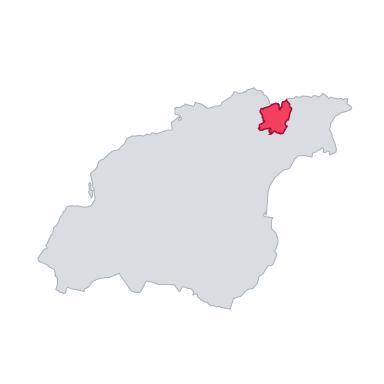 Kordestan highlighted on a map of Iran, rotated 108°
{"feature_id": "IRN-3241", "entity_name": "Kordestan", "entity_type": "Province", "adm_level": 1, "iso_a3": "IRN", "parent_name": "Iran", "parent_adm1": "", "projection": "natural_earth1", "projection_center": [46.82, 35.623], "detail": "fine", "context": "in_parent", "style": "filled", "palette": "rose", "viewbox_px": 384, "rotation_deg": 108, "n_neighbors": 0, "source": "natural_earth", "source_scale": "10m", "svg_char_len": 5844}
<svg xmlns="http://www.w3.org/2000/svg" viewBox="0 0 384 384"><g transform="rotate(108 192 192)"><path d="M191.3,107.4L195.2,107.6L202.1,105.3L202.7,104.7L204.7,100.0L207.1,97.9L211.2,95.3L213.9,94.5L223.4,94.8L224.1,92.9L225.7,91.9L236.0,92.5L237.7,94.0L238.4,96.7L247.1,99.1L248.9,99.9L251.1,101.9L252.8,102.4L255.0,101.5L256.4,102.2L258.7,101.6L265.5,104.6L266.5,107.6L267.8,109.0L269.3,110.3L274.7,112.6L276.4,114.0L280.5,119.6L291.2,119.5L292.0,120.7L291.9,123.1L292.9,128.8L292.2,130.9L293.6,132.8L293.6,136.4L294.3,138.9L293.2,142.3L292.0,143.0L292.8,146.1L291.8,149.0L292.0,150.2L290.4,152.7L290.4,153.6L287.3,156.0L289.7,159.4L286.3,159.6L284.3,163.2L285.0,167.6L284.5,169.8L284.9,171.1L285.8,172.0L290.5,172.8L290.7,173.4L286.0,179.7L286.3,182.2L290.3,195.0L290.0,201.4L290.7,208.0L302.6,209.9L304.0,211.6L305.0,215.3L305.0,218.0L304.7,219.4L292.0,236.2L299.0,244.5L299.4,246.4L303.7,254.5L307.7,258.8L314.3,261.0L317.4,264.1L320.2,264.0L320.1,268.1L321.4,276.8L320.7,280.8L323.1,281.6L326.6,281.0L327.9,281.8L328.7,283.2L327.8,284.0L328.1,287.5L327.2,288.2L326.9,291.4L321.6,291.5L316.7,292.9L314.9,294.2L313.9,296.5L312.3,296.3L311.8,297.1L308.3,298.7L307.3,305.3L306.0,306.9L305.3,316.3L304.5,316.5L302.8,318.1L292.0,315.0L290.8,312.7L289.7,312.3L288.2,314.5L282.8,313.2L280.9,313.6L279.8,312.9L276.9,312.9L274.6,311.5L268.7,312.6L265.1,310.3L261.3,309.6L256.6,309.6L252.7,307.9L250.7,308.6L249.8,307.3L244.1,306.2L242.1,302.0L242.0,299.9L240.5,296.2L240.0,290.9L238.6,287.0L236.1,283.8L229.5,281.9L226.2,282.9L223.7,284.7L219.5,285.8L216.4,289.3L214.5,289.1L207.0,293.9L205.3,293.8L199.6,290.6L197.1,290.0L191.9,290.1L189.0,287.9L188.2,286.4L181.4,282.9L177.2,279.8L175.9,276.9L174.1,274.8L170.0,273.0L167.7,271.2L161.4,270.5L157.0,265.9L156.9,264.4L154.3,259.3L153.8,255.7L153.2,254.7L151.0,253.2L150.6,252.2L151.1,249.9L148.2,248.4L147.8,247.3L147.8,243.7L140.9,235.1L139.5,230.3L138.3,230.1L132.2,233.2L130.4,231.5L125.1,228.4L124.4,227.3L125.7,226.7L127.0,227.3L127.8,226.6L127.5,225.6L126.2,224.9L124.4,225.0L124.9,226.0L123.2,226.9L122.8,228.1L123.2,231.6L122.5,232.6L119.7,233.2L118.0,234.4L116.4,233.1L115.9,230.5L114.9,228.8L113.4,228.2L112.3,226.5L110.4,225.7L110.3,216.7L105.7,216.5L105.6,209.6L107.7,202.8L103.3,196.7L101.3,192.0L100.1,191.1L97.8,191.3L90.0,184.9L87.3,183.3L83.6,182.8L83.2,180.6L84.1,178.1L82.3,174.9L81.8,174.0L80.3,173.6L80.4,171.6L78.4,171.7L74.7,166.2L73.7,165.4L75.7,161.2L74.3,157.7L75.2,154.9L77.1,155.0L77.6,151.1L81.0,147.2L84.0,145.5L84.3,144.3L83.7,142.2L81.8,139.5L82.1,137.2L82.7,136.1L85.8,134.9L86.0,134.4L84.5,133.6L79.1,133.6L76.1,130.9L73.3,130.2L71.7,124.4L71.2,123.7L69.9,123.5L69.1,122.4L68.6,118.5L66.7,116.8L65.2,111.0L65.1,109.6L65.6,108.4L62.6,105.9L62.2,102.1L62.8,101.2L59.4,98.4L57.8,98.3L57.7,97.8L60.0,91.8L61.0,90.5L58.9,89.6L58.9,86.6L58.4,84.2L58.6,81.9L57.3,80.2L56.9,79.2L57.4,76.6L56.0,75.3L55.3,72.6L60.3,71.9L61.3,67.7L63.1,65.9L66.2,68.0L70.6,74.7L73.2,76.7L75.2,79.0L84.6,81.3L86.7,80.6L89.9,80.7L94.0,76.5L95.8,76.0L100.6,71.8L106.5,68.0L109.6,67.4L114.1,72.3L111.5,73.7L111.1,75.0L111.4,76.1L113.4,77.4L113.7,78.8L113.0,79.4L110.4,80.2L109.7,81.6L112.5,83.8L113.9,85.7L115.4,86.2L117.9,89.2L121.7,88.7L122.5,95.9L124.7,101.9L128.7,104.4L139.2,106.4L140.3,107.5L142.1,110.8L144.8,113.1L152.9,117.8L161.9,120.0L167.8,119.8L189.5,114.5L191.5,114.5L188.3,115.9L189.5,116.5L192.3,116.5L192.9,115.9L193.0,115.0L191.3,107.4ZM227.2,286.7L226.0,288.8L224.0,290.5L222.5,290.0L216.4,292.6L214.8,292.4L214.6,291.6L221.2,288.6L221.5,287.8L221.1,286.3L223.2,286.9L225.6,285.7L227.6,285.3L228.5,286.2L227.2,286.7Z" fill="#d9dde1" stroke="#a8b0b8" stroke-width="1"/><path d="M78.7,133.7L78.4,133.7L77.9,132.6L77.3,131.6L76.9,131.3L76.5,131.2L76.3,131.1L75.8,130.6L75.3,130.4L75.7,130.1L76.3,129.6L76.5,129.0L77.3,128.1L77.5,127.3L77.8,127.0L77.9,126.7L78.4,126.3L80.6,125.5L81.3,124.5L81.3,123.7L81.6,123.3L82.8,122.8L86.3,123.3L93.5,122.6L93.6,122.8L93.7,123.0L93.9,123.2L94.2,123.5L94.4,123.7L95.0,124.1L96.4,124.5L98.0,124.6L99.0,124.2L99.6,123.5L99.8,123.0L99.9,122.8L99.8,122.5L99.9,122.1L100.3,121.9L100.6,121.8L101.0,122.2L108.0,123.6L108.5,124.1L108.6,124.3L108.6,124.7L108.8,125.0L108.9,125.4L109.1,125.6L108.9,125.7L108.9,125.8L109.0,126.3L108.9,126.5L108.9,126.8L109.2,126.8L109.4,127.8L109.4,129.5L109.1,130.8L108.6,131.3L108.4,132.0L108.6,132.4L112.4,134.7L112.6,135.0L112.9,135.5L113.0,135.8L111.0,134.7L110.5,134.8L110.7,135.5L111.2,136.1L111.3,136.4L111.3,136.9L110.3,137.2L109.9,137.6L109.5,137.8L109.0,137.7L108.4,136.3L108.1,136.3L107.3,137.2L107.1,137.6L108.1,139.0L109.6,142.4L110.3,143.3L110.9,143.6L111.7,144.4L112.1,146.0L111.8,147.3L111.3,148.1L110.8,148.5L110.5,148.3L110.1,147.2L109.8,147.3L109.7,147.8L109.2,148.0L108.3,148.3L107.9,148.5L107.5,148.5L106.9,148.4L104.7,146.0L103.1,145.3L102.6,144.8L102.2,144.8L102.0,145.1L102.3,145.6L102.2,146.2L101.7,146.6L99.8,146.8L99.6,147.1L99.5,148.2L99.2,148.4L98.7,148.3L97.8,148.4L97.0,149.3L96.4,149.5L96.2,149.9L96.2,150.4L95.9,150.7L95.5,150.8L95.2,151.2L95.1,151.7L94.6,152.0L93.7,152.2L92.4,152.0L91.6,152.1L91.1,151.6L91.1,150.9L91.2,150.4L91.2,150.0L90.8,150.1L90.2,149.7L86.9,145.0L84.3,142.9L83.9,142.8L83.9,142.7L83.8,142.2L83.5,141.8L82.7,141.1L81.8,139.7L81.6,139.2L81.7,138.9L81.8,138.8L81.9,138.7L81.9,138.4L81.7,138.1L81.6,137.7L82.1,137.9L82.2,137.6L82.0,137.0L82.0,136.7L82.1,136.4L82.2,136.1L82.4,135.9L82.7,135.8L83.6,135.8L83.9,135.8L84.6,135.4L85.2,135.4L85.5,135.4L85.7,135.2L85.9,134.9L86.3,134.6L86.5,134.4L86.7,134.1L86.7,133.9L86.6,133.6L86.4,133.5L86.1,133.5L85.8,133.6L85.6,133.7L85.3,133.8L84.7,134.0L84.4,134.0L84.2,133.9L84.0,133.7L83.9,133.6L83.8,133.2L83.7,133.1L83.2,133.0L82.8,133.0L82.5,133.2L82.2,133.3L81.3,133.2L80.9,133.4L80.6,133.3L80.1,133.6L79.9,133.8L79.6,133.8L79.4,133.6L79.2,133.6L78.7,133.7Z" fill="#f43f5e" stroke="#9f1239" stroke-width="1.5"/></g></svg>